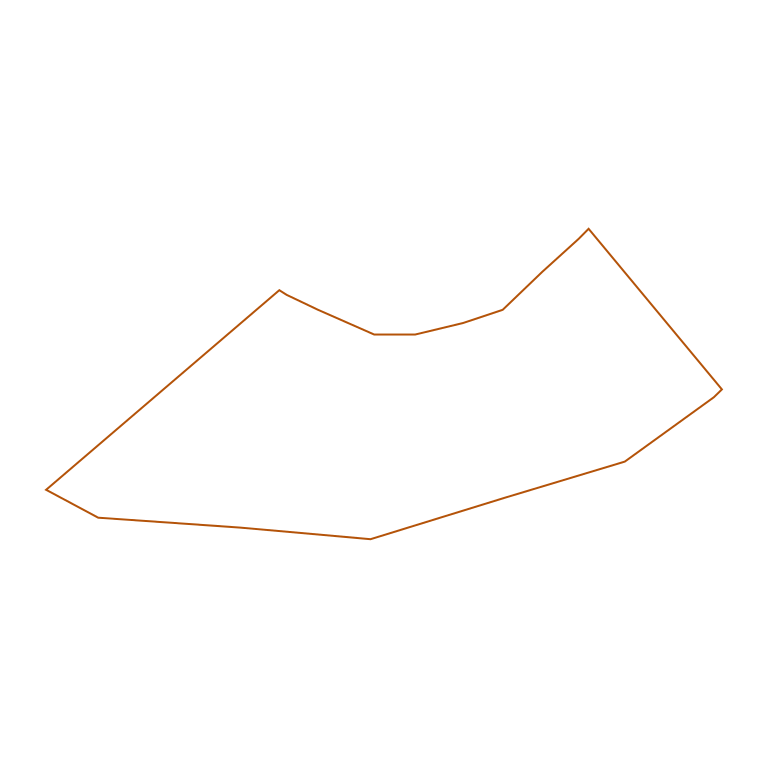 outline of 15, Ad Dawhah, Qatar
{"feature_id": "91078587B20152806481978", "entity_name": "15", "entity_type": "district", "adm_level": 2, "iso_a3": "QAT", "parent_name": "Qatar", "parent_adm1": "Ad Dawhah", "projection": "albers", "projection_center": [51.541, 25.276], "detail": "fine", "context": "isolated", "style": "outline", "palette": "amber", "viewbox_px": 768, "rotation_deg": 0, "n_neighbors": 0, "source": "geoboundaries", "source_scale": "gbopen_adm2", "svg_char_len": 377}
<svg xmlns="http://www.w3.org/2000/svg" viewBox="0 0 768 768"><path d="M721.9,389.4L588.6,228.8L578.6,238.9L542.3,271.8L502.7,309.8L463.1,323.0L415.3,334.5L384.2,334.5L374.1,334.5L318.0,309.8L286.7,294.9L279.3,290.2L46.1,489.8L98.2,517.7L240.1,527.6L345.9,537.0L370.5,539.2L504.3,497.9L624.8,461.6L713.9,397.2L721.9,389.4Z" fill="none" stroke="#b45309" stroke-width="2"/></svg>